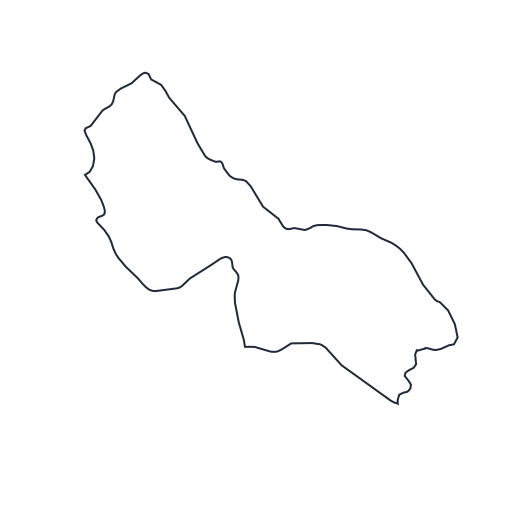 the border of Mechi, rotated 305°
{"feature_id": "NPL-1135", "entity_name": "Mechi", "entity_type": "Administrative Zone", "adm_level": 1, "iso_a3": "NPL", "parent_name": "Nepal", "parent_adm1": "", "projection": "orthographic", "projection_center": [87.832, 27.137], "detail": "fine", "context": "isolated", "style": "outline", "palette": "slate", "viewbox_px": 512, "rotation_deg": 305, "n_neighbors": 0, "source": "natural_earth", "source_scale": "10m", "svg_char_len": 2187}
<svg xmlns="http://www.w3.org/2000/svg" viewBox="0 0 512 512"><g transform="rotate(305 256 256)"><path d="M262.9,43.2L267.6,45.9L286.8,46.8L289.4,47.6L294.5,50.2L297.5,50.8L300.7,50.3L307.2,47.6L310.0,47.3L315.6,49.2L326.1,55.0L331.6,56.2L337.7,57.6L340.9,58.8L342.9,60.5L343.4,63.7L340.5,68.8L341.8,80.1L339.3,87.1L335.8,94.2L329.9,117.3L314.8,143.4L308.6,157.3L308.3,160.2L308.6,162.9L309.8,168.3L310.4,169.5L312.6,171.8L313.1,173.0L312.5,175.3L311.4,176.9L310.2,178.3L309.2,180.2L307.1,186.5L306.5,189.5L306.8,193.4L307.9,196.4L310.9,201.7L311.6,204.9L310.1,211.6L304.1,225.1L300.4,233.6L299.4,253.0L295.9,261.0L295.5,263.3L295.8,265.6L297.0,267.7L300.9,271.4L305.4,281.3L309.8,284.2L313.6,285.9L316.8,288.9L322.0,296.2L326.9,305.1L330.6,314.8L332.8,319.0L338.3,327.4L340.4,331.7L341.4,336.5L342.3,348.4L344.5,359.3L344.8,364.5L344.5,369.8L343.5,375.2L339.4,387.4L328.3,409.3L324.8,421.1L323.0,427.1L322.8,429.9L323.6,433.3L321.6,444.6L314.2,458.0L304.9,467.9L297.2,468.8L293.7,465.4L285.7,460.6L282.2,457.3L280.7,454.7L279.0,449.8L277.9,447.6L277.3,447.7L271.3,442.8L271.1,441.8L266.7,442.8L259.2,449.2L254.9,449.3L250.4,446.9L246.2,445.4L243.0,446.6L241.3,452.5L239.5,456.7L235.9,458.5L231.8,458.0L228.5,455.1L224.5,452.9L219.1,454.7L216.4,456.8L216.4,456.7L215.2,453.0L214.8,448.8L215.6,388.7L220.9,365.6L220.8,361.2L220.4,359.1L216.8,351.8L204.7,335.1L204.2,334.8L194.5,330.8L190.2,328.4L188.1,326.2L186.1,322.9L180.7,306.9L175.3,299.0L180.1,294.4L191.7,280.0L205.5,265.7L211.8,260.9L214.8,259.4L225.7,255.5L227.9,254.3L229.8,252.7L231.0,250.6L231.7,248.3L232.3,245.6L233.3,243.4L237.1,240.0L238.6,238.2L239.1,236.7L239.1,234.9L238.6,233.2L237.6,231.3L233.9,228.6L223.4,224.6L199.6,214.7L188.7,212.5L186.0,211.3L184.3,209.9L169.6,193.8L168.1,191.2L167.2,188.0L167.3,183.8L168.2,178.9L170.0,171.9L172.5,155.6L175.5,144.4L177.3,139.9L180.0,135.3L184.6,129.2L187.5,124.3L190.3,116.8L192.3,106.9L193.4,104.8L195.3,104.2L197.1,104.5L198.8,105.5L200.3,106.7L202.3,107.6L204.0,107.6L206.5,106.1L209.1,103.0L213.1,97.1L218.4,86.0L224.3,69.4L229.6,71.5L236.1,70.9L243.3,67.5L249.0,62.2L253.6,55.6L257.4,48.0L260.2,43.7L262.9,43.2Z" fill="none" stroke="#1e293b" stroke-width="2"/></g></svg>